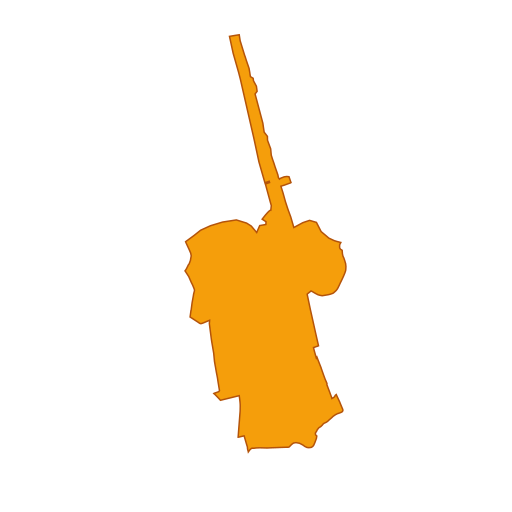 the district of Darasti-Ilfov, Giurgiu, Romania, rotated 136°
{"feature_id": "2599482B23648906177266", "entity_name": "Darasti-Ilfov", "entity_type": "district", "adm_level": 2, "iso_a3": "ROU", "parent_name": "Romania", "parent_adm1": "Giurgiu", "projection": "albers", "projection_center": [26.019, 44.304], "detail": "fine", "context": "isolated", "style": "filled", "palette": "amber", "viewbox_px": 512, "rotation_deg": 136, "n_neighbors": 0, "source": "geoboundaries", "source_scale": "gbopen_adm2", "svg_char_len": 4055}
<svg xmlns="http://www.w3.org/2000/svg" viewBox="0 0 512 512"><g transform="rotate(136 256 256)"><path d="M122.5,432.4L131.6,417.7L141.0,400.1L144.4,394.1L161.5,365.8L174.9,343.6L176.3,341.3L188.5,321.7L191.6,315.9L197.6,304.6L198.7,302.5L194.6,300.6L195.2,299.4L199.1,301.2L199.3,301.3L199.6,300.6L204.6,291.5L208.5,284.4L210.0,281.6L213.5,278.7L213.6,278.9L215.2,279.2L217.3,279.2L220.9,278.9L226.0,278.2L225.5,276.0L225.0,273.7L227.0,271.8L232.2,275.3L239.2,272.4L238.6,280.8L239.9,286.2L245.1,295.6L256.4,303.6L267.7,309.4L277.9,313.0L286.3,313.8L296.7,315.2L297.3,313.7L299.7,306.8L301.0,303.4L302.5,301.1L305.3,299.1L306.0,298.5L309.5,296.8L310.2,296.7L310.9,296.6L311.4,296.4L313.6,295.6L315.4,295.0L315.7,294.9L316.9,294.7L317.4,294.6L317.4,294.4L318.7,287.8L318.8,287.6L321.1,281.4L321.1,281.2L321.9,278.8L323.3,275.3L324.0,274.1L325.1,273.3L325.8,272.9L327.4,271.9L328.3,271.2L334.1,267.0L334.4,266.8L340.4,262.0L340.6,262.0L345.8,257.9L343.7,248.8L343.5,247.7L343.2,246.5L342.9,245.9L342.2,245.3L340.5,244.5L334.0,242.0L334.4,241.6L336.5,239.8L345.8,227.3L347.3,225.2L354.0,215.4L359.1,209.0L361.9,204.9L362.0,204.7L363.3,202.8L365.4,199.7L367.6,196.3L368.4,195.1L371.1,191.3L375.8,184.5L377.0,184.3L379.3,185.3L381.4,186.3L381.7,186.4L381.9,186.4L381.8,186.0L381.7,184.7L381.7,183.8L381.7,182.5L381.7,181.8L381.7,181.3L381.7,180.2L381.8,176.9L365.1,167.2L366.9,164.7L368.9,162.1L370.3,160.4L371.6,159.0L375.1,155.5L377.8,153.1L387.4,144.6L394.7,138.1L394.4,137.8L389.5,134.9L391.0,132.0L393.9,126.5L394.6,125.1L394.8,124.7L396.1,123.1L396.8,121.9L397.4,120.7L397.6,120.4L395.2,120.8L394.6,120.9L393.5,120.8L392.5,120.6L391.1,119.2L389.2,117.8L386.8,115.7L385.4,114.3L381.4,110.2L378.3,107.5L375.2,104.7L371.6,101.5L368.6,98.8L367.6,97.9L365.7,96.1L364.8,95.6L361.2,95.7L359.0,95.4L356.9,94.0L354.8,91.1L354.0,88.8L353.5,87.1L353.2,85.2L352.4,83.0L351.6,81.9L350.4,80.8L349.1,79.9L348.2,79.7L347.2,79.6L345.9,79.8L343.0,81.0L339.3,82.8L337.3,84.3L337.4,85.9L336.3,87.4L334.0,87.9L332.8,88.4L331.5,88.6L330.2,88.8L327.9,88.3L325.8,88.3L324.6,88.5L323.2,88.4L321.6,87.8L320.5,87.5L319.3,87.3L317.4,87.3L315.6,87.2L314.0,87.1L311.9,87.1L308.9,86.6L307.7,86.2L306.9,86.0L306.0,85.5L304.4,84.8L303.4,84.4L302.3,84.1L301.8,84.1L301.3,84.3L300.7,84.6L300.2,85.3L298.2,90.4L297.1,93.1L295.4,98.1L294.5,100.6L295.9,100.7L296.9,100.3L298.2,100.2L300.4,100.8L299.9,101.6L298.9,103.9L297.7,106.6L294.4,114.2L293.5,115.0L291.8,119.5L289.9,123.8L287.1,129.9L286.9,130.2L286.2,131.9L283.5,138.4L282.4,141.0L283.5,140.7L280.0,147.2L278.5,149.8L278.2,150.2L277.8,149.9L275.8,149.1L274.3,148.3L273.7,148.1L273.4,148.0L266.5,159.4L254.7,178.7L254.6,178.9L245.8,192.9L245.7,193.0L244.9,193.0L240.7,192.6L240.3,191.6L239.3,188.0L238.3,185.0L237.6,183.8L236.4,182.0L235.8,181.3L235.2,180.9L232.0,178.7L230.5,177.7L228.7,176.7L226.9,175.9L226.0,175.6L223.4,175.5L222.2,175.5L220.3,175.8L219.3,176.1L216.5,177.1L214.5,177.9L210.6,179.3L207.0,180.7L205.4,181.4L203.8,182.1L201.7,183.2L200.7,184.0L198.6,186.0L196.8,188.3L196.3,189.3L195.1,191.6L194.1,193.8L193.6,195.4L193.0,196.4L192.4,197.4L191.5,198.5L190.6,199.6L190.1,200.2L190.1,200.5L190.2,201.1L190.4,201.5L190.5,202.2L190.3,203.4L189.8,204.2L188.1,205.9L187.8,206.1L186.7,206.4L185.6,206.8L185.8,207.1L186.5,208.3L187.9,210.6L188.7,212.1L189.0,212.6L191.2,218.3L191.5,221.7L192.2,228.3L189.2,238.2L192.7,244.4L197.5,246.7L199.3,247.5L209.0,250.2L203.9,259.9L200.5,267.6L197.0,274.8L196.5,275.7L192.7,282.7L190.2,287.7L189.6,288.9L186.2,287.2L182.6,285.6L180.4,284.6L179.8,284.5L179.0,286.3L177.2,290.1L178.6,291.8L180.8,293.4L183.7,294.6L184.7,295.0L185.7,295.0L185.5,296.7L183.9,299.2L180.3,307.0L178.7,310.2L177.1,313.7L175.0,317.9L171.0,322.9L167.3,331.3L164.7,334.1L164.1,339.4L162.7,341.4L158.8,346.8L144.1,373.2L140.8,373.7L137.8,377.8L136.1,383.8L134.6,385.8L135.4,388.9L134.2,390.7L132.9,392.5L131.6,394.4L131.2,395.0L130.7,395.7L127.1,403.4L125.1,407.4L125.0,407.8L124.2,409.4L117.9,421.8L114.4,426.8L117.8,429.2L122.2,432.2L122.5,432.4Z" fill="#f59e0b" stroke="#b45309" stroke-width="1.5"/></g></svg>